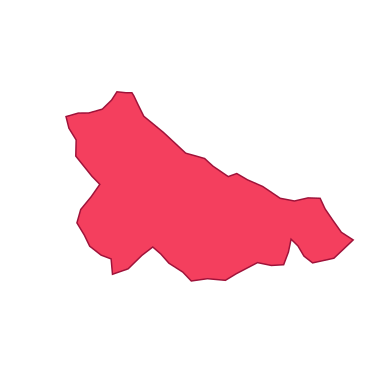 Lac Wey, Logone Occidental, Chad (orthographic projection), rotated 240°
{"feature_id": "50815135B84328468709684", "entity_name": "Lac Wey", "entity_type": "district", "adm_level": 2, "iso_a3": "TCD", "parent_name": "Chad", "parent_adm1": "Logone Occidental", "projection": "orthographic", "projection_center": [15.996, 8.649], "detail": "fine", "context": "isolated", "style": "filled", "palette": "rose", "viewbox_px": 384, "rotation_deg": 240, "n_neighbors": 0, "source": "geoboundaries", "source_scale": "gbopen_adm2", "svg_char_len": 1060}
<svg xmlns="http://www.w3.org/2000/svg" viewBox="0 0 384 384"><g transform="rotate(240 192 192)"><path d="M222.8,76.9L208.6,77.2L196.2,76.3L182.8,81.7L174.5,88.5L160.5,82.0L157.4,98.3L162.2,117.0L164.0,130.5L153.9,134.0L141.9,136.4L127.2,144.0L115.3,146.9L109.2,162.0L98.8,176.8L99.1,189.4L98.1,213.4L88.7,224.0L83.2,235.0L91.8,245.5L101.6,254.2L92.3,256.8L80.5,256.9L70.3,261.0L63.7,281.8L69.9,307.6L82.4,301.2L87.8,300.7L97.4,299.8L110.6,298.8L112.1,298.9L112.5,298.9L114.4,299.1L122.4,299.8L122.5,299.8L128.9,289.5L133.0,276.2L142.5,265.2L161.4,256.0L173.1,247.4L175.0,246.0L176.3,245.3L185.6,240.0L186.8,233.6L187.2,231.1L203.8,223.1L209.4,221.3L214.7,219.7L216.2,218.2L221.1,213.5L228.0,206.7L228.9,205.9L257.7,197.1L281.7,188.1L294.4,188.9L304.3,189.7L307.6,189.6L308.0,189.6L310.7,184.9L311.0,184.4L311.5,183.7L314.2,180.0L316.3,177.1L311.8,168.3L308.6,155.8L312.1,142.0L317.2,133.0L320.3,120.6L308.8,117.3L295.0,117.7L281.2,109.3L255.7,113.2L244.7,116.0L238.3,102.3L232.5,86.9L222.8,76.9Z" fill="#f43f5e" stroke="#9f1239" stroke-width="1.5"/></g></svg>